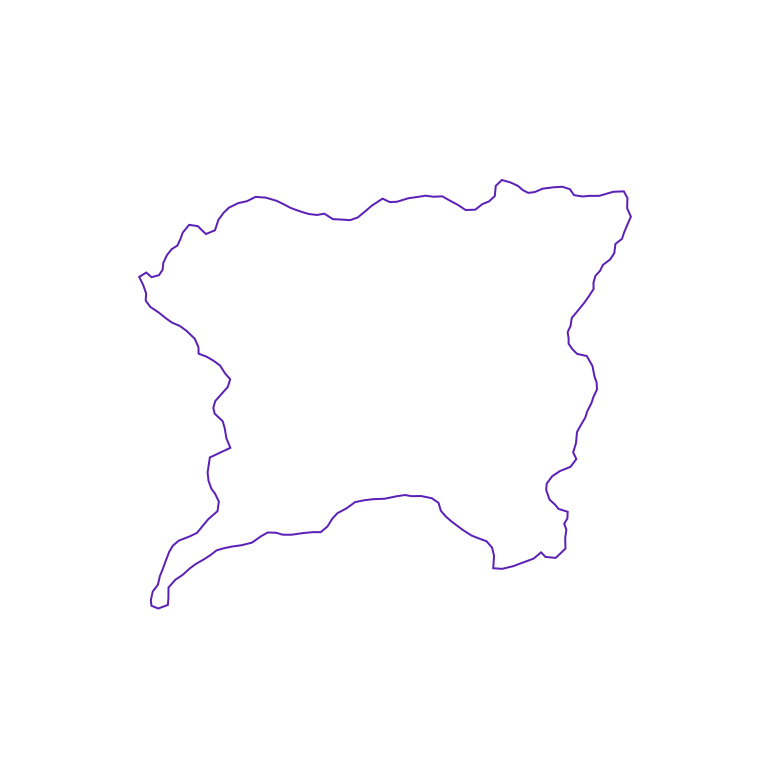 Tabapuã, São Paulo, Brazil (Natural Earth projection), rotated 73°
{"feature_id": "56859067B57595974254301", "entity_name": "Tabapuã", "entity_type": "district", "adm_level": 2, "iso_a3": "BRA", "parent_name": "Brazil", "parent_adm1": "São Paulo", "projection": "natural_earth1", "projection_center": [-49.021, -20.938], "detail": "fine", "context": "isolated", "style": "outline", "palette": "violet", "viewbox_px": 768, "rotation_deg": 73, "n_neighbors": 0, "source": "geoboundaries", "source_scale": "gbopen_adm2", "svg_char_len": 2838}
<svg xmlns="http://www.w3.org/2000/svg" viewBox="0 0 768 768"><g transform="rotate(73 384 384)"><path d="M517.7,229.8L512.0,222.0L504.7,223.1L496.9,217.8L491.6,215.6L486.4,213.5L482.0,209.0L475.0,201.4L469.4,197.5L462.5,190.9L457.7,187.6L451.5,181.9L444.5,180.2L438.4,180.5L427.7,179.4L416.5,181.9L411.7,190.5L406.0,193.6L399.5,195.7L394.2,194.1L388.1,193.2L383.1,188.7L375.7,185.1L370.5,177.1L365.0,168.9L359.8,162.2L354.4,155.8L348.2,154.0L342.3,150.1L338.9,144.3L334.1,139.8L330.9,131.2L326.1,125.5L317.7,121.7L314.7,113.9L309.7,110.4L304.0,105.7L296.2,99.0L287.0,100.1L277.3,96.8L269.9,98.3L267.2,108.6L267.0,123.1L264.2,132.3L262.7,139.4L259.0,147.0L252.0,149.3L247.5,155.8L245.5,164.2L243.6,174.9L244.5,183.8L243.4,190.2L239.2,194.5L233.8,197.9L228.1,204.3L223.4,211.7L227.2,219.2L236.7,223.1L240.1,230.3L240.7,237.3L244.0,245.7L241.5,255.0L234.2,261.1L227.9,267.4L221.6,273.3L219.4,281.9L216.1,289.1L214.8,298.2L213.5,306.1L213.5,318.4L211.7,325.3L206.3,331.2L210.0,343.9L213.2,351.0L217.1,360.6L217.4,368.5L214.6,375.8L211.4,384.7L203.7,391.2L202.8,398.5L199.5,406.1L195.6,412.0L191.7,417.4L187.9,422.3L183.4,426.7L177.3,433.3L171.2,442.6L167.5,452.1L169.1,461.6L168.4,470.6L170.0,480.6L173.3,487.2L178.6,494.4L187.6,500.7L188.5,510.5L178.6,515.9L174.8,523.8L180.4,532.2L185.7,536.2L191.2,541.1L192.9,547.5L197.3,553.9L203.6,559.6L210.0,562.3L214.1,567.3L213.9,575.0L207.9,578.8L210.0,586.8L218.6,585.4L227.8,585.0L234.5,587.5L241.9,585.0L249.7,578.6L257.9,573.0L263.4,568.7L268.8,562.3L275.3,557.4L285.5,551.7L294.5,550.7L300.8,552.4L306.1,545.6L311.5,540.6L318.3,535.4L327.3,532.9L334.5,529.7L341.2,534.3L350.9,550.3L356.8,554.2L362.8,554.6L372.4,549.2L379.2,549.2L390.0,550.6L400.1,549.6L403.3,572.0L411.5,575.9L417.1,578.6L425.2,580.1L433.8,579.7L439.2,577.7L448.1,576.3L456.9,580.4L462.0,591.8L471.7,606.4L472.9,613.9L473.8,626.1L476.9,633.2L481.4,638.2L488.7,644.0L496.2,649.6L502.2,654.5L509.7,658.8L514.8,665.8L522.6,670.2L528.1,671.2L532.7,665.5L532.1,655.3L525.5,652.7L515.6,649.6L510.2,640.8L507.6,632.2L503.4,623.2L501.1,616.6L499.0,607.4L496.9,600.0L494.2,592.9L494.2,586.1L495.0,576.8L496.5,567.7L497.1,556.7L493.6,546.0L492.0,538.7L494.8,530.4L498.4,525.2L501.1,516.6L503.0,504.3L505.1,494.4L507.2,487.9L503.7,479.7L497.8,473.0L493.9,466.3L492.0,456.4L488.5,446.2L489.4,436.9L491.0,427.9L493.9,417.0L495.1,404.3L496.3,396.4L499.3,390.5L502.0,381.2L507.2,371.7L513.6,366.6L521.9,366.7L528.5,363.8L534.7,360.0L540.2,356.0L546.5,351.4L554.5,344.6L558.7,339.4L564.4,331.9L572.1,328.5L580.5,329.0L592.1,333.4L595.3,325.1L596.0,313.8L595.4,304.0L594.7,291.9L590.9,283.0L596.6,280.1L600.5,270.6L594.5,258.6L584.1,255.7L576.6,252.2L570.3,252.5L566.1,247.9L559.9,245.7L554.5,253.6L549.4,255.7L542.9,259.5L532.7,259.9L526.8,257.5L521.3,250.0L518.7,241.2L517.7,229.8Z" fill="none" stroke="#5b21b6" stroke-width="2"/></g></svg>